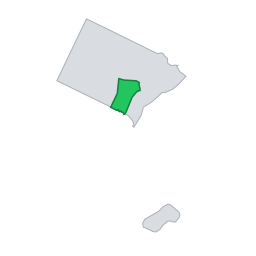 location of Niefang, Centro Sur, Equatorial Guinea, rotated 206°
{"feature_id": "11065452B28626668585382", "entity_name": "Niefang", "entity_type": "district", "adm_level": 2, "iso_a3": "GNQ", "parent_name": "Equatorial Guinea", "parent_adm1": "Centro Sur", "projection": "albers", "projection_center": [10.119, 1.88], "detail": "fine", "context": "in_parent", "style": "filled", "palette": "green", "viewbox_px": 256, "rotation_deg": 206, "n_neighbors": 0, "source": "geoboundaries", "source_scale": "gbopen_adm2", "svg_char_len": 1861}
<svg xmlns="http://www.w3.org/2000/svg" viewBox="0 0 256 256"><g transform="rotate(206 128 128)"><path d="M212.7,139.3L212.8,152.9L212.9,164.4L213.0,176.8L213.1,189.8L213.1,200.8L213.2,207.9L201.2,207.9L185.2,207.9L169.2,207.8L153.2,207.8L145.2,207.7L136.3,207.7L133.5,208.1L131.5,209.9L129.2,210.3L126.5,208.7L123.1,208.0L122.2,206.4L120.6,203.5L117.3,203.2L115.6,203.5L113.3,205.2L110.6,206.1L111.1,204.7L105.9,201.2L102.1,200.8L98.6,199.7L101.4,190.5L104.9,182.3L110.2,176.2L113.1,174.7L114.0,171.6L118.2,161.6L123.3,153.4L121.7,145.1L123.0,131.3L124.5,131.6L124.7,133.0L125.1,134.9L127.1,136.6L133.5,139.3L152.7,139.3L164.2,139.3L181.1,139.3L199.1,139.3L212.7,139.3ZM60.5,45.7L62.0,46.0L70.8,45.7L73.1,48.8L72.9,53.4L63.8,66.8L62.1,72.4L58.6,77.2L55.6,77.5L45.2,74.7L43.4,73.0L42.8,70.7L43.8,65.4L44.6,63.8L49.6,62.8L51.2,61.9L53.9,56.2L54.8,51.0L57.0,47.0L60.5,45.7Z" fill="#d9dde1" stroke="#a8b0b8" stroke-width="1"/><path d="M157.9,168.4L152.8,154.4L152.7,148.4L152.7,139.0L145.9,139.0L145.7,139.1L145.7,139.3L145.5,139.5L145.4,139.6L145.2,139.7L145.1,139.8L145.0,139.7L144.9,139.6L144.7,139.7L144.5,139.8L144.4,139.7L144.2,139.6L144.0,139.4L143.9,139.5L143.7,139.5L143.6,139.3L143.4,139.2L143.2,139.2L143.2,139.3L142.9,139.2L142.9,139.3L142.3,139.6L142.2,139.6L142.0,139.8L141.9,139.9L141.8,140.0L141.7,139.9L141.7,139.7L141.4,139.7L141.2,139.7L140.9,139.6L140.6,139.7L140.4,139.7L140.2,139.6L139.9,139.6L139.7,139.7L139.4,139.7L139.2,139.7L138.9,139.6L138.7,139.6L138.4,139.5L138.2,139.4L137.8,139.2L137.7,139.1L137.7,138.8L137.7,138.6L137.5,138.8L137.4,138.9L137.4,139.1L137.3,139.4L137.2,139.5L136.9,139.6L136.7,140.7L137.2,148.7L137.2,148.8L137.8,157.6L135.9,164.8L133.6,167.0L133.6,167.3L134.7,168.8L137.4,172.3L137.7,173.6L138.0,173.9L141.4,174.0L149.1,170.8L152.7,169.3L157.9,168.4Z" fill="#22c55e" stroke="#15803d" stroke-width="1.5"/></g></svg>